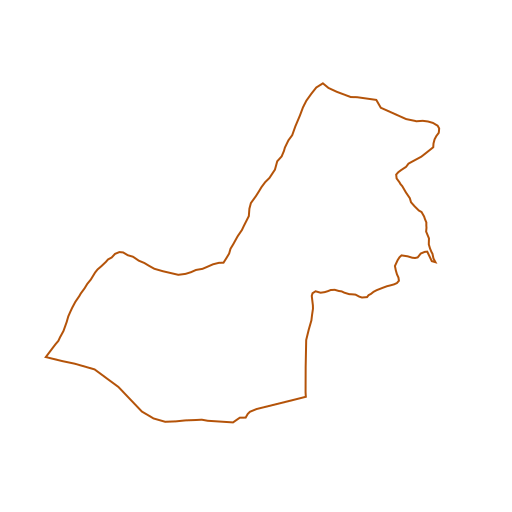 Etsako East, Edo, Nigeria, rotated 106°
{"feature_id": "59680162B2904770846082", "entity_name": "Etsako East", "entity_type": "district", "adm_level": 2, "iso_a3": "NGA", "parent_name": "Nigeria", "parent_adm1": "Edo", "projection": "albers", "projection_center": [6.475, 7.187], "detail": "fine", "context": "isolated", "style": "outline", "palette": "amber", "viewbox_px": 512, "rotation_deg": 106, "n_neighbors": 0, "source": "geoboundaries", "source_scale": "gbopen_adm2", "svg_char_len": 2754}
<svg xmlns="http://www.w3.org/2000/svg" viewBox="0 0 512 512"><g transform="rotate(106 256 256)"><path d="M440.4,308.1L440.4,297.6L437.0,287.3L433.5,278.6L430.5,269.4L428.3,263.0L427.7,257.0L422.3,232.2L419.8,230.2L415.9,227.0L414.2,221.4L410.1,220.4L407.4,218.9L402.9,213.2L383.7,179.8L377.6,169.3L373.3,170.8L348.9,177.7L322.9,184.6L312.3,185.0L305.1,185.0L302.6,185.0L297.0,185.9L291.0,186.7L287.8,187.7L279.0,191.4L276.2,191.4L273.5,189.0L273.5,183.8L271.8,180.0L269.9,177.1L268.1,174.8L266.8,171.0L266.8,166.7L266.4,163.9L266.9,161.1L267.0,155.9L266.3,152.9L265.7,149.7L266.1,147.8L266.6,145.5L266.7,142.7L264.9,137.9L262.6,137.0L260.8,135.1L258.0,133.1L255.6,130.6L251.7,125.5L248.9,121.7L247.6,119.4L245.3,115.6L243.2,113.1L240.4,111.8L237.5,113.1L234.7,115.5L231.0,117.8L227.3,119.7L220.9,118.7L217.6,117.7L215.3,116.3L214.5,110.1L214.6,105.4L214.1,102.6L212.8,100.2L208.2,98.3L205.5,94.9L204.6,92.6L212.5,85.6L212.5,81.8L209.5,84.7L205.2,87.0L203.7,88.5L200.8,90.8L197.2,93.1L191.4,94.6L188.5,96.9L185.6,99.2L181.9,99.9L179.7,100.7L176.8,101.5L173.9,103.8L171.7,105.3L168.1,109.0L167.4,112.0L164.5,117.3L161.6,121.8L158.0,124.1L153.6,129.4L148.5,134.7L147.1,136.9L145.6,138.4L142.7,142.2L139.1,143.7L136.2,142.3L133.2,140.0L128.9,136.3L125.2,134.9L123.0,132.7L118.6,128.2L115.0,124.5L109.9,120.8L102.6,115.6L98.9,116.4L94.6,116.5L90.9,115.7L87.3,114.3L85.8,114.5L82.9,115.1L80.7,117.3L79.3,122.6L79.3,127.8L80.1,133.0L82.3,139.0L82.3,140.3L83.0,149.5L79.1,176.9L72.8,183.4L75.5,202.7L77.1,208.7L75.9,223.6L74.5,232.6L71.6,239.3L77.4,244.5L84.7,247.5L92.8,250.4L96.5,251.1L97.8,251.4L98.7,251.5L100.0,251.8L108.8,252.5L114.6,253.2L120.4,253.9L129.9,254.5L135.8,256.7L143.8,258.1L147.4,258.1L153.2,258.8L159.1,261.7L167.8,261.6L170.3,262.4L177.3,264.6L182.4,267.5L188.2,269.7L193.4,271.1L198.5,272.6L206.5,275.5L212.3,275.4L219.6,273.9L226.9,275.3L230.6,276.0L234.9,276.7L241.5,278.9L243.0,279.3L250.9,281.1L256.0,282.5L261.1,282.5L266.3,283.9L271.4,285.4L272.8,289.8L275.8,295.0L280.1,300.2L283.1,303.9L285.4,308.7L286.0,309.9L289.7,314.3L289.8,314.6L290.1,315.0L291.1,316.5L292.6,318.8L295.5,325.5L296.3,341.2L296.3,345.0L296.3,348.3L296.3,350.2L294.9,356.2L293.5,361.4L292.8,367.4L291.0,372.8L290.6,374.2L290.6,376.8L290.6,379.4L289.2,384.7L289.9,388.4L292.8,392.1L297.2,394.3L300.1,397.3L303.1,398.7L308.2,401.7L312.6,404.6L316.2,406.1L324.2,408.3L326.3,409.2L329.3,410.5L334.4,411.9L340.3,414.1L343.2,414.8L349.8,417.0L356.3,418.4L360.7,419.1L365.8,419.8L371.6,419.8L381.1,420.4L387.0,421.7L387.7,421.9L392.1,422.6L395.8,424.3L399.1,425.6L411.1,430.2L410.5,415.2L410.4,412.9L409.5,400.7L409.5,379.9L414.8,365.7L419.8,352.2L436.3,324.0L437.0,322.8L439.7,312.3L440.4,309.8L440.4,308.1Z" fill="none" stroke="#b45309" stroke-width="2"/></g></svg>